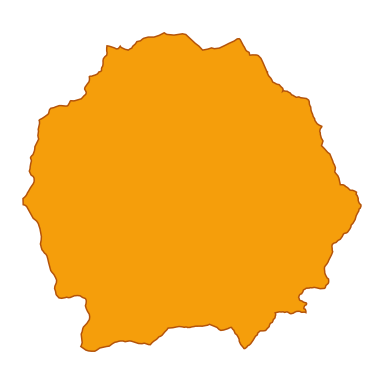 the district of Tseza, Daga, Bhutan
{"feature_id": "84629894B57914849969567", "entity_name": "Tseza", "entity_type": "district", "adm_level": 2, "iso_a3": "BTN", "parent_name": "Bhutan", "parent_adm1": "Daga", "projection": "natural_earth1", "projection_center": [89.809, 27.158], "detail": "fine", "context": "isolated", "style": "filled", "palette": "amber", "viewbox_px": 384, "rotation_deg": 0, "n_neighbors": 0, "source": "geoboundaries", "source_scale": "gbopen_adm2", "svg_char_len": 5869}
<svg xmlns="http://www.w3.org/2000/svg" viewBox="0 0 384 384"><path d="M55.5,291.2L56.1,294.4L56.5,295.1L59.0,297.9L61.6,298.3L65.0,297.7L66.6,297.2L68.5,297.7L70.2,297.5L74.6,295.7L75.8,295.7L77.3,295.5L80.2,295.8L82.4,297.4L85.3,298.5L86.0,299.6L86.3,300.9L86.1,303.4L85.4,305.8L86.3,308.7L87.6,311.5L89.3,314.2L89.7,316.9L89.4,319.5L86.9,323.4L83.4,327.1L82.7,328.9L82.2,331.6L81.2,334.1L82.2,342.7L81.3,345.6L80.8,346.5L85.9,350.1L88.5,350.9L91.5,351.2L94.8,351.2L96.8,350.1L99.8,348.0L106.5,346.5L109.3,346.1L112.0,344.0L113.4,343.1L115.1,342.2L116.5,342.0L119.0,341.2L120.5,341.0L123.1,341.0L125.1,341.7L129.4,340.9L131.2,341.1L138.6,343.5L142.0,343.7L144.2,343.2L145.1,343.4L148.6,344.6L150.3,344.7L152.2,342.5L153.9,341.1L156.6,339.3L159.1,336.7L160.5,336.3L162.1,335.2L164.8,331.9L166.8,329.9L168.1,328.1L172.9,327.7L176.7,326.9L179.1,326.5L182.1,326.8L184.3,327.3L185.7,327.0L186.9,327.1L187.6,327.5L190.2,327.4L191.3,327.0L192.9,326.7L193.9,326.6L195.4,326.2L200.8,326.1L202.1,326.2L207.6,325.2L209.5,324.3L217.0,327.4L219.1,329.5L220.8,330.4L223.7,330.0L227.8,328.7L229.4,327.9L230.8,327.4L231.4,327.4L232.7,329.2L233.8,330.2L235.2,333.6L236.7,334.7L238.0,336.8L239.1,339.1L239.3,341.4L240.7,344.4L243.5,347.8L243.9,348.5L244.8,348.6L246.6,347.3L247.7,345.8L249.3,345.0L250.7,343.7L253.2,340.1L255.2,336.7L256.2,335.6L257.1,335.1L257.5,334.4L257.6,333.2L259.9,331.1L260.7,330.8L261.8,330.9L263.9,330.8L265.5,330.5L266.1,330.0L267.0,328.8L269.1,326.7L269.5,325.1L270.3,323.4L272.3,322.3L272.9,321.0L273.4,319.4L274.3,318.7L275.0,317.8L275.2,316.3L275.7,315.0L275.5,313.5L275.2,312.8L279.4,311.8L281.2,312.0L282.8,311.8L283.4,311.9L284.6,312.4L286.5,311.9L287.2,311.9L287.9,312.2L290.0,313.5L290.6,313.7L291.1,313.7L293.2,313.2L294.6,312.3L296.3,311.5L298.1,311.3L299.3,311.4L300.1,311.4L301.0,312.1L301.9,312.3L304.4,312.1L305.9,312.6L305.9,311.2L305.5,309.8L305.2,309.2L304.7,309.0L304.1,308.9L303.8,308.5L303.8,308.1L304.1,307.0L304.6,305.9L305.1,305.3L306.1,304.9L306.4,304.6L306.6,303.5L306.3,303.0L305.9,302.8L304.7,302.5L303.2,302.0L302.5,301.3L301.6,300.9L300.0,300.4L299.5,299.9L299.0,298.1L298.6,297.3L299.4,295.2L300.0,294.4L300.5,294.1L301.4,293.9L301.8,293.6L302.2,292.7L302.9,291.8L303.3,290.2L303.7,289.8L304.9,289.2L306.1,288.3L307.1,288.1L307.5,288.2L309.6,288.0L310.0,287.7L310.5,287.7L311.7,287.8L313.3,287.6L313.7,287.4L314.4,287.4L316.6,287.8L320.2,288.7L324.4,288.4L324.8,288.2L325.4,287.3L325.8,285.7L326.1,285.3L327.9,283.7L328.4,283.0L328.6,282.2L328.7,281.0L328.5,279.0L327.0,277.8L325.7,275.3L324.8,273.1L324.7,271.5L324.4,268.9L324.6,266.8L326.9,263.9L328.1,261.9L328.9,259.9L331.5,254.8L332.7,251.7L332.2,250.1L332.2,248.7L331.9,246.1L332.3,244.4L333.9,243.1L336.0,242.5L338.3,240.2L339.1,239.9L340.3,239.2L342.3,236.4L343.4,234.1L344.3,233.4L346.5,232.9L347.6,232.1L349.9,228.9L350.9,226.9L351.1,225.2L353.0,223.2L355.1,219.6L356.2,215.7L357.9,212.4L358.7,211.1L359.1,209.0L360.2,208.2L361.0,206.1L360.9,204.8L359.6,203.6L358.9,202.5L358.2,200.4L358.2,198.3L357.1,195.4L356.1,194.4L356.5,192.2L354.9,191.2L352.6,190.3L351.0,190.3L349.9,190.0L348.0,188.0L346.6,187.0L345.2,186.3L344.9,185.6L343.1,184.8L340.3,184.7L338.9,178.2L337.8,175.7L336.3,174.0L334.8,172.0L334.8,171.3L335.1,170.1L335.4,167.7L334.4,164.9L333.2,162.8L332.8,161.2L329.8,153.9L327.7,152.4L324.4,148.6L321.5,145.7L323.0,141.0L321.3,138.1L320.3,134.3L320.3,132.9L319.7,131.3L320.2,129.0L321.8,126.8L321.8,126.3L319.3,125.2L317.1,123.7L314.8,120.3L314.7,118.9L313.2,116.5L312.5,114.1L311.7,112.3L311.0,110.1L310.7,106.9L310.1,106.0L309.4,104.2L309.2,101.6L308.6,100.1L306.4,98.5L300.6,97.7L298.9,96.9L296.2,97.3L292.6,95.1L291.8,95.0L290.5,93.4L290.1,92.9L288.6,92.2L287.1,91.2L285.7,91.2L283.3,90.7L282.7,91.2L283.1,89.7L282.7,88.3L280.9,86.6L279.1,84.6L277.7,84.4L276.4,84.0L274.9,83.1L272.7,82.0L271.8,79.9L270.8,78.2L268.8,76.0L268.1,74.8L267.0,72.1L267.4,71.9L266.7,71.2L262.6,61.8L260.9,58.3L258.3,55.6L256.7,55.0L252.8,54.9L251.2,55.0L250.1,55.2L249.6,55.0L249.6,54.6L249.1,52.4L246.6,51.0L245.7,49.9L244.4,47.2L243.4,45.7L240.2,39.6L239.2,38.7L237.2,38.9L234.2,41.0L228.9,43.4L224.8,45.5L219.3,48.1L214.4,48.7L211.5,47.9L207.9,49.1L202.6,50.1L199.0,46.2L195.2,43.3L185.8,34.5L182.5,33.8L174.0,35.1L166.7,34.4L164.2,32.8L159.1,35.4L154.0,37.1L148.1,37.1L143.7,38.3L142.3,39.2L140.5,40.8L136.9,41.6L135.4,43.9L132.7,46.3L131.7,48.2L130.5,48.6L128.1,50.2L127.4,49.8L125.3,49.4L121.5,47.6L120.4,46.6L120.2,46.2L119.3,47.5L118.1,48.7L116.3,48.9L114.7,48.0L110.9,46.7L108.8,46.1L107.0,45.8L106.7,47.9L106.7,50.9L107.1,52.9L106.7,55.2L104.9,56.7L103.4,58.7L103.0,60.9L103.1,62.6L103.0,64.5L102.7,66.1L101.8,67.5L101.5,68.6L101.5,70.6L100.7,71.4L99.9,71.7L98.8,72.0L98.4,72.7L97.5,73.9L95.3,75.0L93.5,75.5L91.7,76.2L90.0,76.2L89.3,76.7L89.5,78.9L89.4,80.3L89.0,81.8L87.4,83.9L85.0,87.3L84.6,89.0L86.2,92.1L86.2,93.1L85.7,94.4L84.2,95.6L81.3,98.8L74.9,100.7L73.4,100.9L70.8,100.7L70.2,101.2L69.3,103.2L68.4,104.6L68.1,105.3L67.4,105.9L65.9,106.1L61.2,105.6L59.3,105.6L55.3,107.0L54.0,107.6L50.7,108.3L49.5,109.8L48.6,113.5L47.8,114.4L44.6,116.8L42.0,118.5L40.0,119.5L39.1,120.3L39.5,121.6L39.5,123.8L38.2,129.4L38.5,131.2L37.9,135.5L38.3,137.8L38.7,139.0L34.9,146.7L34.8,148.6L34.4,150.9L33.0,154.6L31.8,155.7L30.6,157.3L30.6,158.4L31.3,159.9L31.4,161.2L31.1,162.1L30.6,164.3L30.2,166.7L30.1,168.3L29.8,169.6L29.3,171.1L31.0,174.9L31.7,175.5L32.9,176.2L33.7,177.3L34.1,178.4L34.2,181.0L34.0,182.0L33.2,183.8L30.5,187.7L28.6,191.1L27.5,192.8L26.8,194.4L25.9,195.8L24.4,197.4L23.0,198.5L23.2,204.7L24.8,205.1L26.6,206.4L33.2,218.3L35.9,220.4L36.9,221.4L38.3,223.6L40.0,228.9L41.4,236.6L41.2,240.0L40.4,244.0L40.9,245.8L41.2,247.2L42.0,249.8L43.2,251.2L44.5,253.1L45.8,254.1L46.9,255.8L47.8,258.9L48.6,262.5L50.7,270.4L51.5,271.7L53.9,274.5L55.6,277.7L56.6,280.1L56.4,282.7L54.9,286.2L54.6,288.5L55.5,291.2Z" fill="#f59e0b" stroke="#b45309" stroke-width="1.5"/></svg>